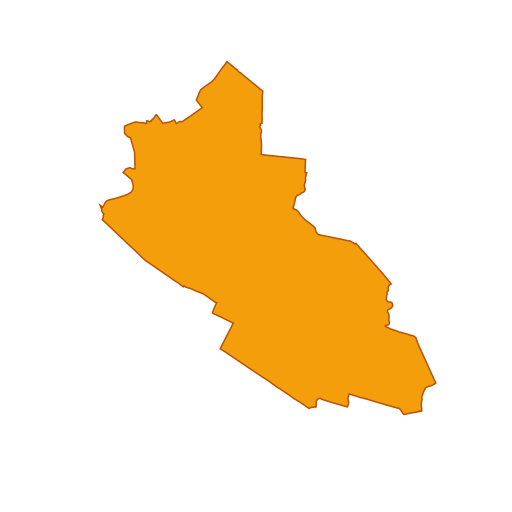 Bucsani, Giurgiu, Romania (Robinson projection), rotated 254°
{"feature_id": "2599482B97241972850799", "entity_name": "Bucsani", "entity_type": "district", "adm_level": 2, "iso_a3": "ROU", "parent_name": "Romania", "parent_adm1": "Giurgiu", "projection": "robinson", "projection_center": [25.651, 44.361], "detail": "fine", "context": "isolated", "style": "filled", "palette": "amber", "viewbox_px": 512, "rotation_deg": 254, "n_neighbors": 0, "source": "geoboundaries", "source_scale": "gbopen_adm2", "svg_char_len": 6024}
<svg xmlns="http://www.w3.org/2000/svg" viewBox="0 0 512 512"><g transform="rotate(254 256 256)"><path d="M191.9,378.2L197.8,375.8L201.3,374.2L203.6,373.2L208.1,371.2L209.2,370.5L211.5,369.5L215.8,367.4L220.0,365.5L220.9,365.1L225.0,363.0L231.2,360.2L232.3,359.5L234.6,358.3L237.3,357.2L238.3,356.6L240.7,355.6L240.5,355.3L240.3,354.2L241.8,353.4L242.2,353.0L243.4,351.6L244.0,351.1L244.2,350.8L244.5,350.6L245.8,347.8L259.5,321.7L262.5,320.4L263.0,320.3L266.0,320.5L266.9,320.4L267.5,320.2L271.7,317.4L277.1,313.3L280.4,311.4L280.5,311.3L281.8,310.7L284.2,309.8L287.1,308.9L288.2,308.3L288.7,307.9L290.5,306.0L290.9,305.5L291.0,305.2L290.8,305.1L291.1,304.8L291.9,305.0L293.1,305.5L294.5,306.4L295.5,307.1L296.4,307.7L300.2,309.6L300.8,310.0L302.0,311.0L302.3,311.4L302.6,312.0L302.9,313.0L302.9,313.9L303.1,314.8L303.4,315.9L304.0,317.3L304.3,319.1L304.5,319.7L304.7,320.2L305.4,321.0L306.1,321.4L306.7,321.7L307.6,321.8L309.0,321.9L309.7,321.7L310.2,321.8L311.3,322.1L311.8,322.4L312.6,323.1L313.5,323.7L314.9,324.4L316.4,324.9L317.2,325.0L318.0,325.3L318.9,325.8L322.0,327.7L322.7,326.1L331.1,328.8L335.1,330.3L336.9,326.6L339.7,319.7L343.3,310.6L343.6,310.2L344.2,308.2L346.0,303.9L346.0,303.7L346.4,302.9L347.6,300.1L348.3,298.1L352.1,289.0L356.6,290.5L361.6,292.0L365.3,292.8L366.2,293.0L367.7,293.0L371.2,294.0L372.0,294.3L373.6,295.3L374.5,295.7L375.7,295.8L376.3,295.8L377.7,295.4L379.7,295.4L380.5,296.6L381.3,296.4L381.6,296.4L382.0,296.7L382.2,297.3L382.2,297.7L382.0,298.4L385.0,299.4L389.3,300.5L392.1,301.3L395.7,302.6L401.7,304.3L405.2,305.3L408.6,306.3L410.0,307.0L412.4,307.9L412.8,308.0L414.3,306.7L415.9,305.6L419.2,303.4L427.8,297.5L431.1,295.1L433.8,293.3L435.6,292.1L436.2,291.8L436.8,291.2L437.3,290.5L437.7,290.2L439.3,289.5L440.2,289.2L441.6,288.0L449.2,282.9L450.6,281.9L450.8,281.5L449.3,279.8L448.2,278.3L446.3,275.7L444.1,272.8L439.3,266.9L437.7,264.8L437.1,263.9L436.1,262.1L434.9,259.2L434.0,256.5L432.0,251.0L431.7,250.1L430.9,248.5L428.5,246.3L426.6,245.0L423.3,242.4L422.4,241.6L413.4,245.2L408.5,231.2L405.5,222.1L405.5,221.8L405.6,221.6L406.2,220.3L406.3,220.0L406.3,219.6L406.2,218.9L405.4,216.5L405.5,216.0L405.8,215.8L409.2,215.1L409.4,214.9L409.4,214.5L408.7,210.6L408.6,209.3L409.0,205.9L409.2,204.2L409.2,202.9L417.6,200.0L418.9,199.5L419.2,199.2L418.7,197.8L417.5,196.7L416.7,195.6L416.0,194.4L415.0,192.3L414.4,191.9L414.7,191.6L414.5,191.2L414.5,190.6L414.6,190.3L415.9,188.8L416.1,188.3L415.8,188.1L415.3,188.1L415.2,188.1L414.9,187.9L414.2,187.6L413.9,187.3L413.7,186.7L413.7,186.1L414.4,185.7L414.8,185.2L416.2,181.5L416.6,180.2L416.9,179.5L417.3,179.2L418.1,176.8L418.0,174.9L417.5,169.0L417.0,165.3L410.2,163.5L406.3,165.4L404.5,167.5L404.1,168.0L401.7,167.9L389.2,167.9L373.4,163.8L373.4,162.3L374.2,160.7L375.7,159.3L375.7,158.8L375.6,155.1L372.9,151.3L363.8,157.5L359.4,157.5L357.0,157.3L354.3,156.3L352.8,154.8L351.7,153.6L350.7,149.5L350.4,146.7L350.1,137.6L350.4,129.6L350.1,127.4L348.7,125.5L345.0,122.0L346.2,121.2L346.9,120.9L347.8,120.1L346.0,120.4L345.5,120.3L343.7,120.5L342.6,120.2L341.7,120.1L339.4,120.7L338.2,121.3L337.3,120.5L334.7,119.6L334.2,118.9L333.4,118.3L333.1,118.2L332.9,118.2L332.6,118.4L332.1,118.9L331.3,119.5L330.5,120.0L329.6,120.4L328.7,121.1L327.5,121.7L326.0,122.6L319.1,126.7L314.3,129.4L308.1,133.2L304.7,135.1L292.6,142.4L288.1,144.9L283.1,147.8L282.6,148.1L269.8,158.6L263.5,163.8L260.9,166.1L258.6,167.8L253.6,171.9L251.7,173.8L249.8,175.1L249.3,175.3L248.6,176.0L246.4,177.6L247.0,178.3L247.2,178.7L246.7,179.0L245.9,179.4L245.6,179.6L244.9,180.8L244.0,181.9L243.8,182.6L243.6,183.0L240.4,186.8L238.1,189.7L236.5,191.8L235.9,192.8L235.2,193.3L234.9,193.9L233.9,195.1L232.3,196.5L228.6,199.4L225.9,201.5L222.9,203.9L221.9,205.3L218.5,202.3L214.3,199.1L213.1,198.5L197.8,215.6L194.1,212.3L187.5,206.0L176.7,196.0L173.0,199.4L170.4,201.6L167.3,204.1L163.8,207.1L157.1,212.6L148.3,220.0L147.7,220.6L145.1,222.7L136.2,230.3L132.3,233.7L126.7,238.1L123.0,241.1L121.8,242.3L113.7,249.1L109.1,252.7L107.9,253.7L106.4,255.2L104.9,256.5L104.1,257.4L94.8,265.0L95.2,267.6L94.7,269.7L94.7,270.0L94.8,270.2L95.0,270.3L94.9,270.8L94.5,271.3L94.4,271.6L94.3,271.9L94.4,272.2L99.9,274.0L101.5,275.8L101.5,276.0L101.5,276.9L101.7,277.8L101.7,278.3L101.7,278.5L101.3,278.8L100.4,279.3L98.7,281.8L97.6,283.5L97.0,284.6L95.7,286.3L94.9,287.7L94.2,288.7L93.5,289.8L85.7,302.3L87.1,303.3L89.0,304.5L90.8,304.9L93.7,305.0L97.7,307.4L97.2,308.3L93.5,314.0L91.5,316.8L89.9,319.7L87.2,324.1L76.5,340.8L71.1,349.6L69.9,351.9L62.9,354.4L62.6,358.2L61.9,366.2L61.5,369.6L61.9,369.7L62.0,369.9L61.8,370.5L61.4,371.3L61.2,372.4L61.7,372.8L62.5,372.8L62.9,373.0L63.5,373.2L67.7,373.8L69.3,374.6L70.1,374.8L71.5,375.7L72.5,376.2L72.9,376.2L73.6,376.0L74.4,376.4L75.0,376.5L76.6,377.9L77.1,378.1L77.7,378.6L79.6,379.9L80.7,381.0L80.8,381.2L80.9,381.4L82.1,382.1L82.3,382.3L82.7,383.4L82.9,384.3L83.1,385.6L83.0,386.7L83.1,389.5L83.4,390.7L83.6,391.2L83.6,391.9L84.1,393.0L84.2,393.5L84.3,393.8L123.5,388.0L128.7,387.4L133.8,387.1L134.1,386.7L135.0,386.0L136.3,384.7L136.9,383.2L137.4,382.6L137.7,382.1L139.1,380.0L139.5,379.1L140.5,377.9L141.7,375.7L142.6,374.3L142.8,373.9L142.9,373.3L143.2,372.8L145.1,370.7L145.7,369.6L148.1,366.3L149.1,364.8L150.9,363.0L151.5,362.4L152.5,360.9L153.1,361.0L153.3,361.1L153.6,361.4L153.6,361.9L153.4,363.0L153.4,363.9L153.5,364.5L153.7,365.0L153.9,365.3L154.5,365.7L155.3,365.9L157.4,366.0L158.4,366.2L160.7,367.1L162.9,367.6L164.6,367.5L165.3,367.2L165.9,367.1L166.9,367.2L167.3,367.4L167.5,367.5L167.8,368.1L168.0,368.5L168.2,369.2L168.6,371.2L168.9,371.9L169.6,373.1L170.0,373.5L170.3,373.7L170.6,373.8L171.4,373.9L172.1,373.8L173.5,373.8L174.1,373.6L174.5,373.1L174.8,371.6L175.0,371.2L175.8,370.3L176.1,370.1L177.3,369.3L177.7,369.2L179.9,369.8L180.7,370.3L181.7,370.6L183.0,371.5L185.2,371.9L185.5,372.2L185.7,372.5L185.8,372.8L186.0,373.3L186.3,373.6L188.2,374.1L189.0,374.2L190.1,374.7L190.6,375.2L190.8,376.1L191.5,376.7L191.7,377.1L191.9,377.4L191.9,378.2Z" fill="#f59e0b" stroke="#b45309" stroke-width="1.5"/></g></svg>